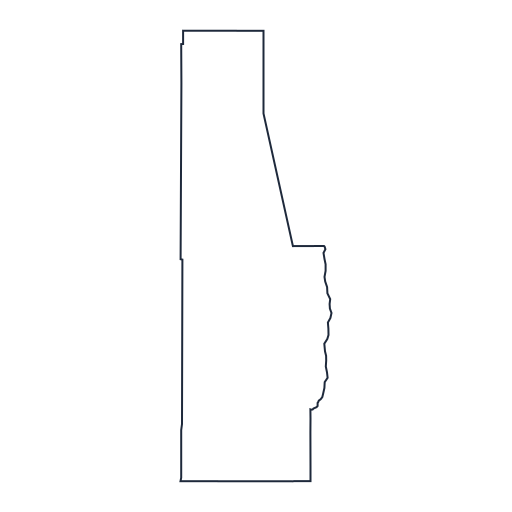 Eureka, Nevada, United States of America
{"feature_id": "52423323B8686536787653", "entity_name": "Eureka", "entity_type": "district", "adm_level": 2, "iso_a3": "USA", "parent_name": "United States of America", "parent_adm1": "Nevada", "projection": "mercator", "projection_center": [-115.994, 40.081], "detail": "fine", "context": "isolated", "style": "outline", "palette": "slate", "viewbox_px": 512, "rotation_deg": 0, "n_neighbors": 0, "source": "geoboundaries", "source_scale": "gbopen_adm2", "svg_char_len": 865}
<svg xmlns="http://www.w3.org/2000/svg" viewBox="0 0 512 512"><path d="M183.1,30.7L183.1,44.0L181.2,44.1L181.4,83.5L180.6,259.2L182.4,259.6L182.0,424.1L181.2,430.1L181.2,477.7L180.5,481.2L292.7,481.3L294.5,481.1L310.5,481.1L310.5,466.9L310.4,432.2L310.5,418.6L310.4,409.4L311.2,409.7L312.6,409.5L313.5,408.5L316.5,407.2L317.6,406.0L317.6,402.9L318.2,402.1L318.8,400.6L319.8,399.9L320.7,399.2L322.3,397.1L323.0,394.3L324.4,388.0L324.7,382.1L327.6,377.8L327.0,372.4L325.8,366.5L326.2,360.6L326.1,355.8L325.0,351.3L324.3,343.7L327.3,339.0L328.5,335.0L328.4,328.8L327.9,322.5L330.4,318.0L331.5,313.0L329.9,308.6L329.6,304.0L330.2,299.1L327.4,293.3L327.1,287.1L325.2,281.5L324.5,276.9L325.6,270.9L325.6,264.3L324.5,259.0L323.5,252.9L325.4,249.2L324.6,246.6L324.0,246.0L292.9,246.1L263.5,113.5L263.5,30.8L183.1,30.7Z" fill="none" stroke="#1e293b" stroke-width="2"/></svg>